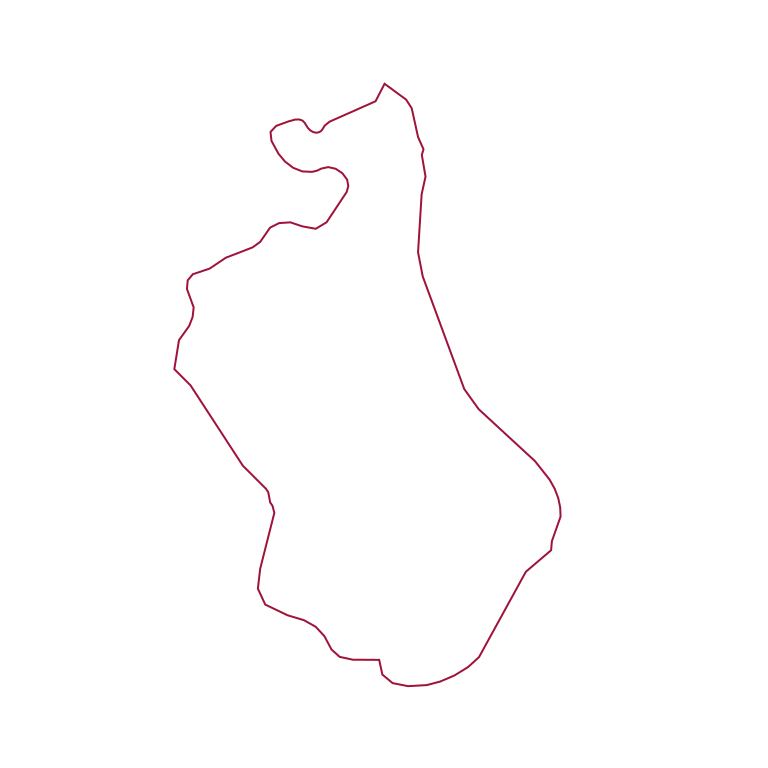 the border of Reggio Calabria, rotated 302°
{"feature_id": "ITA-5395", "entity_name": "Reggio Calabria", "entity_type": "Province", "adm_level": 1, "iso_a3": "ITA", "parent_name": "Italy", "parent_adm1": "", "projection": "equal_earth", "projection_center": [16.138, 38.244], "detail": "fine", "context": "isolated", "style": "outline", "palette": "rose", "viewbox_px": 768, "rotation_deg": 302, "n_neighbors": 0, "source": "natural_earth", "source_scale": "10m", "svg_char_len": 1330}
<svg xmlns="http://www.w3.org/2000/svg" viewBox="0 0 768 768"><g transform="rotate(302 384 384)"><path d="M638.9,225.4L636.9,252.1L632.5,261.4L611.4,282.1L604.0,293.1L598.3,294.7L581.9,309.3L564.8,315.4L513.7,343.1L495.7,359.9L422.2,454.8L412.8,477.7L398.6,552.9L390.7,575.0L385.6,584.3L379.5,592.3L372.6,598.9L365.1,604.0L339.6,609.7L331.6,613.8L300.0,603.8L202.8,609.3L188.5,605.3L174.2,598.2L161.4,589.3L151.3,579.8L140.5,564.5L134.9,549.8L136.7,536.6L147.5,526.1L133.7,503.7L129.1,491.0L131.0,480.2L138.6,467.0L141.9,454.8L141.3,441.4L136.7,424.5L134.0,400.2L143.6,385.5L161.7,376.9L216.6,359.3L221.6,354.0L223.2,350.3L230.8,343.3L232.6,339.4L239.9,307.6L280.3,220.7L285.5,198.3L312.6,186.9L330.0,188.0L339.4,186.2L348.1,182.0L360.2,166.5L367.9,162.6L375.8,163.7L389.5,175.0L407.2,182.9L430.3,200.2L439.0,203.7L456.2,204.5L464.9,209.8L471.5,219.0L474.4,231.2L479.5,243.9L490.7,249.6L527.1,250.6L533.0,248.8L537.8,244.4L540.7,236.9L540.9,228.9L538.4,221.8L533.6,216.8L529.5,214.2L525.8,210.6L521.0,202.1L519.2,192.3L520.2,182.1L523.4,172.4L530.5,159.8L537.6,154.2L545.8,155.8L556.5,164.2L561.3,168.7L563.4,171.9L564.2,175.2L563.5,178.2L560.8,183.8L560.0,187.0L560.1,190.2L560.9,192.9L562.5,195.0L564.7,196.4L566.4,196.8L571.7,196.8L577.6,198.8L619.3,227.0L638.9,225.4Z" fill="none" stroke="#9f1239" stroke-width="2"/></g></svg>